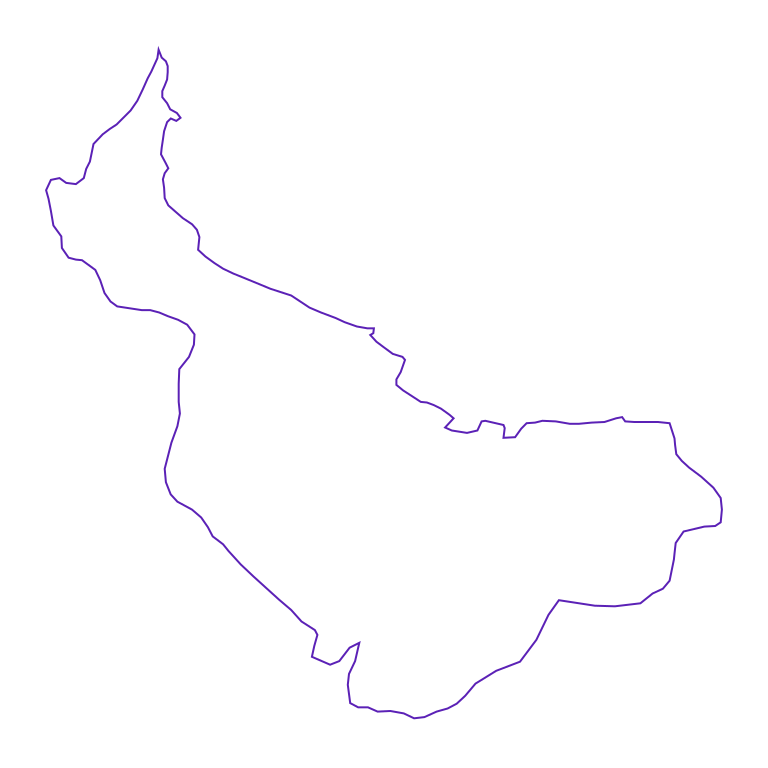 Lundu, Sarawak, Malaysia (orthographic projection)
{"feature_id": "92858781B46549610571988", "entity_name": "Lundu", "entity_type": "district", "adm_level": 2, "iso_a3": "MYS", "parent_name": "Malaysia", "parent_adm1": "Sarawak", "projection": "orthographic", "projection_center": [109.809, 1.733], "detail": "fine", "context": "isolated", "style": "outline", "palette": "violet", "viewbox_px": 768, "rotation_deg": 0, "n_neighbors": 0, "source": "geoboundaries", "source_scale": "gbopen_adm2", "svg_char_len": 2532}
<svg xmlns="http://www.w3.org/2000/svg" viewBox="0 0 768 768"><path d="M669.6,423.2L658.0,422.0L634.3,422.0L625.2,421.4L622.1,417.1L616.1,418.3L604.5,422.0L591.7,422.6L578.9,423.8L569.8,423.8L555.8,421.4L542.4,420.8L535.1,422.6L526.6,423.2L521.2,428.7L515.1,437.2L503.5,437.8L504.1,432.9L504.7,428.1L503.5,425.0L485.3,420.8L481.6,421.4L477.4,430.5L467.0,432.9L451.8,430.5L445.1,427.5L453.6,418.3L449.4,414.7L440.9,408.6L433.6,405.0L426.9,402.5L420.8,401.9L403.1,390.4L396.4,384.9L396.4,379.4L400.7,372.1L405.0,359.9L402.5,356.9L392.8,353.9L383.7,347.2L376.4,341.7L370.3,335.0L373.3,333.2L373.9,328.3L367.2,328.3L356.9,326.5L344.7,322.2L335.6,318.0L321.0,312.5L309.5,307.6L291.2,295.5L270.5,288.8L243.8,277.8L233.4,273.6L223.1,268.7L214.6,263.2L205.4,256.5L198.1,249.8L199.4,237.1L196.9,229.8L192.1,224.3L182.9,218.2L168.3,205.4L164.7,198.1L164.1,187.8L162.9,179.3L164.7,173.2L168.3,168.3L165.9,163.5L161.0,154.3L161.7,147.7L162.9,139.7L164.1,131.2L167.1,122.1L170.8,118.5L176.3,120.9L180.5,117.8L176.9,113.0L170.2,109.3L167.1,103.2L162.3,97.2L162.3,91.1L164.7,85.6L167.1,79.5L167.7,72.2L167.7,66.1L165.9,61.3L161.7,57.6L158.6,49.7L157.4,58.2L151.3,71.6L147.7,78.3L142.8,89.3L137.3,100.8L130.6,110.5L116.6,124.5L110.0,128.8L102.7,134.3L93.5,144.0L89.9,161.6L86.2,168.9L83.8,178.1L75.9,184.1L66.2,182.9L59.5,178.1L50.9,179.9L46.1,190.2L48.5,198.7L50.9,210.9L53.4,225.5L61.3,236.4L61.9,248.0L68.6,257.7L75.9,259.6L82.0,260.2L95.3,269.9L100.2,280.2L104.5,293.0L110.5,301.5L117.2,306.4L141.6,310.1L150.1,310.1L159.2,312.5L167.7,316.1L178.1,319.8L187.2,324.7L194.5,334.4L193.9,344.7L189.0,356.9L179.3,369.1L178.7,383.7L178.7,401.9L179.9,413.5L177.4,426.2L171.4,442.7L168.3,454.8L164.7,468.8L165.9,482.2L170.7,494.4L177.4,501.7L192.0,509.6L201.2,517.5L207.9,527.2L212.7,536.4L223.1,544.3L228.5,551.0L240.7,564.4L253.5,576.5L279.0,599.6L291.2,610.0L301.5,621.5L314.9,630.1L317.4,634.9L314.3,645.9L311.9,656.8L330.1,664.7L339.3,661.1L349.6,647.7L359.3,642.8L355.1,661.1L349.0,673.9L347.8,684.8L350.2,703.1L358.1,707.3L367.9,707.3L377.6,711.6L390.4,711.0L403.8,713.4L414.1,718.3L424.4,717.1L436.6,711.6L447.6,708.5L456.7,703.7L465.2,695.8L475.5,683.6L496.2,670.8L520.0,661.7L536.4,639.8L548.5,614.8L558.9,600.2L594.8,605.7L614.9,606.3L640.4,603.3L652.6,593.5L662.9,588.7L669.6,580.7L673.9,559.5L674.6,552.7L675.7,543.0L683.6,531.5L704.3,526.6L715.2,526.0L720.7,522.3L721.9,509.6L720.7,498.0L713.4,487.7L701.2,476.7L689.1,467.6L681.8,460.9L676.3,454.2L675.1,445.1L674.5,438.4L669.6,423.2Z" fill="none" stroke="#5b21b6" stroke-width="2"/></svg>